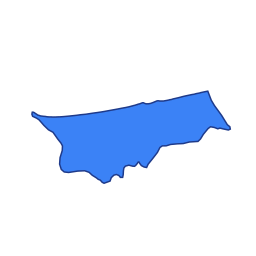 Ciudad de la Costa, Canelones, Uruguay, rotated 204°
{"feature_id": "84410073B39793834808870", "entity_name": "Ciudad de la Costa", "entity_type": "district", "adm_level": 2, "iso_a3": "URY", "parent_name": "Uruguay", "parent_adm1": "Canelones", "projection": "natural_earth1", "projection_center": [-55.945, -34.814], "detail": "fine", "context": "isolated", "style": "filled", "palette": "blue", "viewbox_px": 256, "rotation_deg": 204, "n_neighbors": 0, "source": "geoboundaries", "source_scale": "gbopen_adm2", "svg_char_len": 2454}
<svg xmlns="http://www.w3.org/2000/svg" viewBox="0 0 256 256"><g transform="rotate(204 128 128)"><path d="M70.1,194.1L71.7,193.0L76.1,189.8L76.8,189.1L79.6,187.2L81.4,185.7L83.0,184.7L86.0,182.5L88.1,181.0L89.7,179.8L90.5,179.2L92.1,177.9L94.6,175.9L95.7,175.1L96.6,174.4L98.9,172.7L99.2,172.3L100.5,171.3L101.3,170.9L101.9,170.3L102.5,169.9L103.0,169.5L103.6,169.1L104.6,168.4L105.7,167.7L105.9,167.5L106.7,167.0L107.4,166.7L108.3,166.3L109.2,165.9L110.1,165.5L110.9,165.4L111.8,165.0L112.5,164.6L112.9,164.2L113.0,164.1L113.4,163.7L113.8,163.2L114.2,162.8L114.7,162.4L114.8,162.1L115.0,161.9L115.4,161.5L115.8,161.2L116.4,160.6L117.0,160.0L117.6,159.5L117.9,159.3L118.3,159.0L118.8,158.7L119.5,158.2L120.4,157.9L120.8,157.6L121.4,157.5L122.0,157.3L122.6,157.3L123.1,157.3L123.8,157.3L124.3,157.3L124.9,157.0L125.3,156.7L125.8,156.2L126.2,155.8L126.6,155.4L127.4,154.6L128.0,154.2L128.4,154.0L128.6,153.7L128.8,153.4L129.0,153.3L129.1,153.1L129.5,152.9L130.1,152.4L130.5,151.9L131.2,151.4L132.1,150.7L132.3,150.6L132.7,150.2L133.1,149.8L133.4,149.7L133.6,149.5L133.8,149.3L134.7,148.6L135.8,147.7L137.2,146.7L138.4,145.8L142.1,143.3L144.9,141.3L155.9,133.8L158.9,131.8L162.2,129.7L166.1,127.3L172.0,123.5L176.6,120.9L180.3,118.6L186.7,114.9L191.5,112.2L194.7,110.5L196.2,109.8L197.2,109.3L198.8,108.5L200.5,107.7L202.8,106.8L204.4,106.1L206.3,105.4L208.3,104.9L210.0,104.3L211.7,103.8L212.5,103.5L213.3,103.4L214.9,103.3L215.5,103.1L215.9,103.1L216.9,103.4L218.5,103.6L219.8,103.9L220.2,103.9L220.6,103.9L220.9,103.9L221.3,103.8L221.9,103.5L221.4,101.5L219.9,99.9L215.5,99.8L212.6,99.3L205.9,96.2L199.9,94.0L194.8,93.6L187.6,89.3L183.0,86.9L180.6,85.0L178.9,80.7L178.0,73.3L175.8,67.2L172.1,63.0L170.1,62.4L168.4,61.9L164.2,63.2L156.4,68.2L150.2,71.3L145.5,71.7L141.5,70.3L136.5,69.6L134.4,69.0L132.1,69.1L129.5,67.9L127.4,67.8L122.8,72.2L123.1,75.8L121.7,79.2L119.7,80.8L117.0,80.9L114.9,79.8L112.8,80.7L113.4,83.4L114.8,87.1L115.5,89.8L114.9,92.1L112.1,94.4L108.3,95.0L106.4,95.7L105.7,97.1L105.1,99.3L104.9,100.9L104.2,101.4L102.7,100.3L100.5,99.1L97.5,98.9L96.1,99.2L94.9,99.5L94.9,103.0L92.8,111.0L91.2,117.6L90.9,123.2L89.4,125.6L85.8,127.3L82.4,130.3L76.3,133.7L71.3,136.2L66.2,140.2L58.6,144.2L57.3,147.5L56.6,152.9L54.6,160.1L53.1,162.7L49.4,163.6L45.6,163.8L44.0,165.3L41.1,165.8L35.5,167.0L34.1,168.6L35.5,170.6L38.6,171.4L47.5,177.5L52.0,180.1L58.1,183.6L63.2,187.2L70.1,194.1Z" fill="#3b82f6" stroke="#1e3a8a" stroke-width="1.5"/></g></svg>